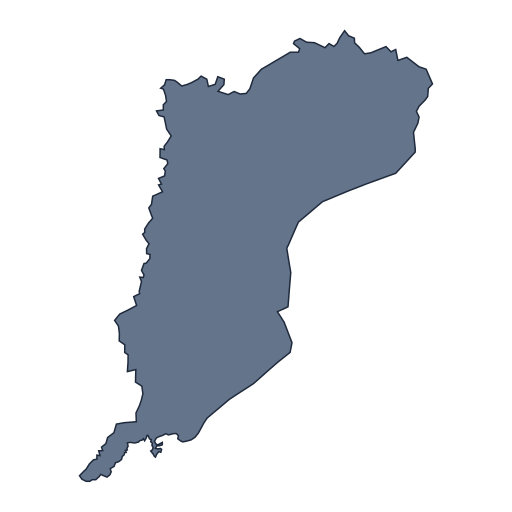 Foya, Lofa, Liberia
{"feature_id": "62588387B94896309973685", "entity_name": "Foya", "entity_type": "district", "adm_level": 2, "iso_a3": "LBR", "parent_name": "Liberia", "parent_adm1": "Lofa", "projection": "orthographic", "projection_center": [-10.242, 8.34], "detail": "fine", "context": "isolated", "style": "filled", "palette": "slate", "viewbox_px": 512, "rotation_deg": 0, "n_neighbors": 0, "source": "geoboundaries", "source_scale": "gbopen_adm2", "svg_char_len": 3650}
<svg xmlns="http://www.w3.org/2000/svg" viewBox="0 0 512 512"><path d="M79.5,475.7L81.9,479.2L86.1,481.3L89.9,481.3L92.2,479.7L95.8,479.7L97.8,477.8L99.3,476.5L100.7,474.4L104.5,476.1L107.0,477.1L109.9,474.8L111.2,471.8L111.0,471.6L110.3,468.6L112.9,467.1L114.1,466.4L115.4,462.8L118.9,461.6L121.5,459.5L122.3,456.4L124.1,454.9L124.6,452.6L126.2,452.4L125.4,450.4L127.3,450.0L126.9,448.5L128.1,446.1L127.4,442.9L129.3,442.5L130.3,442.4L134.7,443.0L138.5,442.1L139.7,440.7L142.1,440.1L143.4,438.8L144.6,440.8L146.2,438.1L147.0,435.5L148.0,435.4L149.5,438.9L151.3,439.6L150.7,441.7L152.4,443.2L151.9,445.2L153.2,447.8L152.3,449.9L150.7,451.0L153.2,454.2L154.5,456.5L155.5,457.1L155.7,456.6L156.5,454.5L158.8,451.6L160.8,452.3L161.6,449.4L160.7,448.5L157.5,448.9L155.4,448.3L156.8,445.9L159.7,445.7L162.3,444.8L162.3,442.4L158.1,444.7L156.5,444.6L154.4,441.4L156.5,437.8L160.1,436.2L162.0,435.7L165.1,434.1L165.9,433.7L168.4,434.9L173.7,433.6L176.3,433.6L178.4,435.6L177.8,438.8L180.8,441.0L181.5,441.3L182.8,441.9L185.9,441.3L191.1,439.9L195.1,437.2L195.9,436.2L198.5,432.9L198.7,432.5L200.7,428.9L203.8,423.0L207.0,418.3L207.2,418.0L209.9,415.7L221.7,405.8L229.4,399.3L236.2,394.8L253.5,383.6L256.8,380.7L266.2,372.3L276.6,363.2L278.4,361.7L284.3,357.0L290.1,352.4L292.0,342.7L285.0,324.5L284.2,322.3L280.3,316.2L277.4,311.7L288.0,306.8L288.7,298.1L288.9,295.2L289.5,287.8L290.6,274.5L290.8,272.7L289.2,263.3L286.8,248.5L287.3,247.0L288.2,245.4L292.9,234.6L295.9,227.7L298.1,222.8L298.3,222.2L312.8,209.9L320.1,203.7L321.7,202.4L322.4,201.7L335.2,196.4L348.4,190.9L363.8,184.9L365.8,184.1L388.4,175.9L389.5,175.5L395.7,173.3L407.2,160.8L415.2,152.1L415.2,148.4L414.4,141.0L413.5,132.3L417.8,123.4L419.1,117.1L416.4,111.4L419.1,106.2L425.0,100.2L427.7,96.6L428.3,88.4L432.5,83.9L426.1,69.2L418.9,66.7L406.8,57.3L398.9,60.1L397.9,60.4L395.7,49.5L391.0,51.8L386.0,46.6L377.9,49.9L370.9,52.8L364.5,53.8L359.3,47.3L356.6,44.7L354.6,42.8L354.4,38.2L348.5,35.7L344.6,30.7L339.7,37.8L337.2,43.2L334.0,46.5L330.6,44.5L329.0,43.6L325.0,47.7L314.5,42.7L313.1,42.6L306.5,42.2L300.0,38.5L294.5,41.1L293.5,43.6L299.7,48.7L298.5,52.2L290.3,52.2L283.2,56.4L275.0,61.2L261.3,69.3L253.5,78.0L249.9,88.7L246.3,93.4L240.2,94.0L234.1,91.5L228.2,94.6L223.2,93.0L218.0,91.3L223.9,84.6L224.3,79.2L217.8,76.7L215.2,84.3L208.4,86.5L206.8,79.2L201.1,76.1L198.2,78.9L197.9,79.2L191.4,82.7L186.8,84.6L181.7,86.0L177.3,82.3L174.6,80.4L169.8,79.7L166.2,79.7L164.5,84.9L160.7,88.2L163.4,89.1L165.5,95.1L166.5,101.4L165.4,102.6L163.3,104.8L163.3,110.0L156.5,110.9L159.0,115.5L164.1,116.9L165.2,122.1L166.6,129.0L169.1,132.8L171.2,135.9L167.6,141.8L164.1,146.3L164.3,149.6L160.1,148.7L160.0,157.5L167.0,160.0L167.8,163.6L163.8,168.6L164.6,169.9L165.3,171.1L164.6,175.9L158.5,178.4L161.5,184.1L158.6,184.9L162.5,191.8L152.7,196.2L151.5,204.3L148.8,207.9L151.5,215.4L152.7,218.2L150.9,220.3L148.5,223.0L144.7,229.0L144.7,232.5L142.6,234.2L146.1,240.1L149.0,243.8L146.5,248.6L146.7,253.6L150.0,254.5L149.9,256.5L149.9,258.5L146.3,263.1L144.0,263.5L141.5,270.4L144.0,275.0L143.3,277.5L139.8,277.1L141.5,281.6L139.2,291.2L139.6,293.7L133.7,296.6L134.0,297.6L136.6,305.5L126.7,310.7L119.8,314.0L114.6,320.4L118.4,326.0L118.9,329.6L119.4,333.6L119.2,340.9L124.8,344.8L124.7,352.5L128.1,354.8L128.0,362.9L127.8,365.2L127.4,371.6L135.8,369.6L135.5,382.1L141.8,386.1L142.9,393.7L141.2,400.6L139.3,406.0L136.0,412.9L136.3,421.8L135.2,421.8L124.1,422.7L116.4,424.1L114.2,431.7L113.9,432.7L107.6,437.5L105.9,443.6L101.5,447.1L102.7,450.6L98.7,450.8L100.0,455.6L96.9,455.1L96.9,459.1L93.4,459.9L89.5,463.8L86.0,469.3L83.8,471.3L79.5,475.7Z" fill="#64748b" stroke="#1e293b" stroke-width="1.5"/></svg>